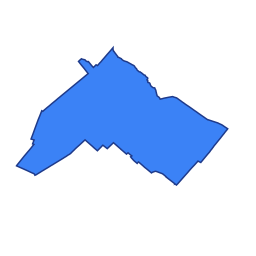 the district of Smeeni, Buzau, Romania, rotated 17°
{"feature_id": "2599482B10599735426508", "entity_name": "Smeeni", "entity_type": "district", "adm_level": 2, "iso_a3": "ROU", "parent_name": "Romania", "parent_adm1": "Buzau", "projection": "natural_earth1", "projection_center": [26.881, 44.971], "detail": "fine", "context": "isolated", "style": "filled", "palette": "blue", "viewbox_px": 256, "rotation_deg": 17, "n_neighbors": 0, "source": "geoboundaries", "source_scale": "gbopen_adm2", "svg_char_len": 4664}
<svg xmlns="http://www.w3.org/2000/svg" viewBox="0 0 256 256"><g transform="rotate(17 128 128)"><path d="M59.7,192.9L61.0,191.4L62.4,189.9L64.5,187.5L65.6,186.2L66.8,185.0L66.9,184.8L75.1,175.6L75.2,175.4L77.2,173.2L78.5,171.5L79.0,171.0L79.3,170.7L79.9,170.0L80.3,169.5L80.4,169.3L80.6,169.1L80.7,168.9L80.9,168.5L81.2,167.9L82.0,166.4L82.8,165.0L83.2,164.3L83.5,163.6L84.9,161.2L86.5,158.6L90.4,151.9L98.3,155.5L98.6,155.6L101.7,157.1L105.4,158.7L108.1,153.5L108.6,152.4L108.8,152.1L109.0,151.8L111.4,152.7L114.2,153.8L118.4,146.3L123.9,148.8L127.5,150.4L127.5,150.5L129.0,151.1L131.0,152.0L134.2,153.4L135.3,151.7L137.5,152.7L138.3,153.0L139.8,153.6L138.9,154.8L140.0,155.6L141.7,156.6L142.8,157.3L144.3,158.0L146.5,158.9L147.1,159.2L147.6,158.0L147.9,157.4L148.3,157.5L153.0,159.6L155.5,160.8L157.4,161.5L161.2,163.1L162.2,163.5L163.3,164.0L163.6,164.1L164.3,163.2L165.0,162.7L166.6,161.5L166.8,161.4L167.3,161.3L168.0,161.3L168.6,161.3L171.5,161.5L173.3,161.6L173.8,161.6L174.1,161.7L174.3,161.7L174.6,161.7L175.1,162.0L175.5,162.1L177.4,162.9L178.5,163.4L178.5,163.6L181.3,164.7L186.9,166.8L189.1,167.7L189.1,167.8L189.2,167.7L191.0,168.4L191.8,166.9L193.6,163.0L196.4,156.8L198.3,152.7L198.4,152.4L199.4,150.1L200.6,147.5L201.8,145.1L202.5,143.7L204.5,139.4L204.6,139.2L206.3,139.5L207.7,139.7L207.9,139.1L208.5,137.8L209.6,135.1L210.6,132.7L211.9,129.6L212.5,128.3L212.8,127.6L213.1,126.9L213.4,126.0L213.4,125.7L214.2,123.9L214.8,122.1L215.1,121.4L215.4,120.3L216.0,118.8L216.4,117.9L218.4,112.9L219.4,110.5L220.1,108.5L220.2,108.4L220.8,106.8L221.3,105.6L221.6,104.9L221.8,104.1L222.4,102.8L222.5,102.4L223.1,101.0L223.6,99.6L221.3,98.9L220.6,98.7L219.6,98.4L217.8,97.8L216.7,97.5L215.1,97.3L212.9,97.0L212.7,96.9L207.3,96.8L202.0,96.7L201.8,96.8L200.8,96.5L192.1,93.7L188.9,92.6L185.4,91.5L183.1,90.7L179.7,89.6L177.3,88.9L176.0,88.5L175.2,88.2L174.6,88.0L173.8,87.7L173.0,87.5L172.1,87.2L171.3,86.9L170.2,86.5L169.2,86.2L168.4,85.9L168.0,85.8L167.6,85.6L167.3,85.5L166.9,85.4L166.5,85.3L166.3,85.2L166.1,85.1L165.9,85.1L165.7,85.0L164.0,85.0L162.9,85.0L161.5,84.9L159.7,85.8L157.9,86.7L155.9,87.8L153.8,88.9L152.1,90.0L150.3,91.0L149.4,90.0L148.8,89.6L148.3,89.4L146.6,88.8L146.4,88.7L146.2,88.4L146.0,87.9L145.7,87.5L145.4,87.1L145.2,86.7L144.8,86.1L144.7,85.7L144.1,84.9L143.9,84.6L143.8,84.3L143.7,84.0L143.5,83.7L143.3,83.5L143.0,83.2L142.7,83.0L142.4,82.6L142.3,82.4L142.1,82.0L141.9,81.9L141.6,81.8L140.6,82.1L140.1,82.1L139.6,81.9L139.0,81.7L138.3,81.4L137.8,81.2L137.3,80.7L136.8,80.2L135.9,78.9L135.5,78.7L135.2,78.6L134.8,78.5L134.4,78.6L134.0,78.6L133.7,78.6L133.6,78.4L133.4,78.1L133.2,77.8L133.2,77.5L133.2,77.1L132.7,76.8L132.2,76.6L132.0,76.3L132.0,76.1L132.1,75.9L132.4,75.4L132.5,75.3L132.5,75.2L132.2,74.4L132.0,74.2L131.8,74.1L130.7,73.9L129.8,73.3L129.5,73.2L129.0,72.6L128.8,72.5L127.7,72.6L127.4,72.4L126.7,72.1L126.3,72.0L124.8,71.3L124.1,71.2L123.5,70.9L123.2,70.8L122.5,71.0L122.3,71.0L122.0,70.9L121.5,70.6L121.2,70.5L120.3,70.2L119.9,70.0L119.8,69.9L118.9,68.9L118.6,68.7L117.3,68.1L116.3,67.1L115.8,66.8L115.4,66.6L115.2,66.6L114.9,66.5L113.9,66.3L113.5,66.3L112.0,65.9L110.4,65.6L110.0,65.5L107.8,65.0L107.5,65.0L106.9,65.0L105.0,65.0L104.3,64.9L104.1,64.9L103.4,64.7L102.2,64.3L102.0,64.2L101.6,63.8L101.4,63.7L99.7,63.4L99.0,63.3L98.0,63.1L97.9,63.1L97.6,63.2L97.2,62.6L95.8,61.6L94.6,60.7L94.0,60.3L93.1,59.6L91.8,58.6L91.7,58.7L91.3,58.3L90.5,56.8L90.5,56.7L90.2,55.6L89.7,56.7L88.5,59.5L87.7,61.3L86.5,63.9L85.9,65.3L84.6,68.3L84.2,69.2L83.9,69.8L83.4,71.0L82.7,72.7L82.0,74.0L81.3,75.6L80.6,77.2L79.0,76.9L77.8,79.1L77.2,80.2L75.6,79.3L73.6,78.0L72.4,77.2L70.8,76.1L70.6,76.3L70.4,76.4L70.1,76.2L69.8,76.3L69.1,76.4L68.7,76.3L67.9,76.0L67.4,75.7L67.2,75.5L67.0,75.4L66.8,75.4L66.3,75.4L65.9,75.4L65.6,75.5L65.3,75.5L64.5,75.5L64.4,75.5L64.2,75.5L63.9,75.6L63.7,75.6L63.3,75.4L63.1,75.6L62.9,75.9L62.7,76.2L61.8,77.7L61.6,78.1L61.2,78.8L64.9,81.4L68.7,83.9L70.9,85.5L71.7,86.0L72.8,86.8L74.0,87.6L71.3,91.7L69.4,94.6L67.4,97.6L54.5,117.1L54.1,117.7L53.8,118.2L53.0,119.4L52.9,119.5L52.7,119.8L52.5,120.1L51.0,122.5L50.4,123.4L48.0,127.0L47.6,127.6L47.5,127.8L47.4,128.0L46.5,129.4L46.4,129.5L46.0,130.2L45.5,130.9L45.4,131.0L45.2,131.4L45.1,131.5L44.1,133.0L43.9,133.4L42.9,134.9L41.8,136.7L41.7,136.8L41.6,137.0L40.5,136.7L40.1,142.0L39.7,146.1L39.2,154.8L38.8,162.6L38.5,166.9L41.7,166.9L41.4,171.1L42.8,171.2L41.6,174.2L41.6,174.3L39.8,178.7L39.5,179.3L36.9,185.4L32.4,196.7L32.4,196.8L34.1,197.0L39.0,197.6L44.6,198.3L48.8,198.9L50.7,199.1L51.9,199.4L52.1,199.5L52.3,199.7L52.8,200.4L54.0,199.4L54.8,198.4L55.8,197.3L57.3,195.6L58.4,194.3L59.7,192.9Z" fill="#3b82f6" stroke="#1e3a8a" stroke-width="1.5"/></g></svg>